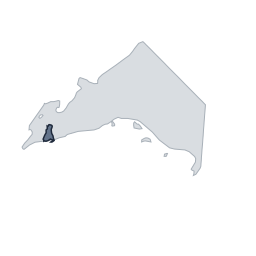 location of Umm Al Qaywayn within United Arab Emirates, rotated 216°
{"feature_id": "ARE-339", "entity_name": "Umm Al Qaywayn", "entity_type": "Emirate", "adm_level": 1, "iso_a3": "ARE", "parent_name": "United Arab Emirates", "parent_adm1": "", "projection": "equal_earth", "projection_center": [55.75, 25.47], "detail": "fine", "context": "in_parent", "style": "filled", "palette": "slate", "viewbox_px": 256, "rotation_deg": 216, "n_neighbors": 0, "source": "natural_earth", "source_scale": "10m", "svg_char_len": 3134}
<svg xmlns="http://www.w3.org/2000/svg" viewBox="0 0 256 256"><g transform="rotate(216 128 128)"><path d="M207.0,68.3L209.2,72.0L209.6,97.0L210.1,98.8L208.9,99.1L207.6,101.0L206.0,103.9L203.9,105.4L202.2,107.2L200.5,109.3L199.1,109.7L197.2,107.0L195.9,104.3L196.2,103.7L197.1,103.5L197.5,102.1L196.9,100.0L195.7,99.2L194.0,99.1L192.5,100.1L190.9,101.9L190.0,103.9L189.8,107.8L190.3,112.3L190.2,114.4L189.3,117.1L189.0,121.1L189.7,124.1L190.3,125.9L190.3,127.5L188.8,132.4L190.1,133.3L194.5,133.6L195.8,136.9L196.7,139.2L196.4,140.6L193.3,141.6L189.4,142.7L186.6,142.4L181.5,143.9L178.8,146.2L179.6,147.6L180.5,148.7L181.0,151.7L180.2,156.1L178.7,160.2L176.9,165.5L174.8,171.5L172.0,180.5L169.6,187.7L169.3,192.8L169.4,196.1L169.1,202.8L166.8,206.5L166.3,206.6L163.6,206.2L162.6,206.0L160.0,205.6L156.0,205.0L150.8,204.1L144.6,203.1L137.7,202.0L130.3,200.7L122.7,199.5L115.1,198.3L107.7,197.0L100.8,195.9L94.6,194.9L89.4,194.0L85.4,193.4L82.8,193.0L81.9,192.8L79.0,192.3L77.5,189.9L75.6,186.8L73.8,183.8L71.9,180.8L70.1,177.8L68.2,174.8L66.4,171.8L64.5,168.8L62.6,165.8L60.8,162.8L58.9,159.8L57.1,156.8L55.3,153.8L53.4,150.8L51.6,147.8L49.7,144.9L47.9,141.9L46.6,139.9L46.0,137.6L45.9,131.7L45.9,130.4L47.2,128.0L47.8,129.7L49.2,132.0L51.6,131.5L52.7,131.8L53.4,140.0L55.2,143.0L57.3,144.1L64.5,144.8L69.1,143.7L78.0,138.3L82.7,136.4L95.6,136.7L105.9,139.0L122.0,140.3L125.1,139.9L133.8,135.6L139.1,131.8L142.3,130.8L144.4,127.1L145.8,122.3L147.0,119.2L148.6,117.7L150.1,115.1L151.3,110.8L154.3,106.5L166.3,96.0L173.3,87.1L173.9,84.2L177.7,79.9L180.7,75.2L194.9,61.8L197.7,56.3L199.4,50.1L199.6,49.6L200.8,49.4L202.5,50.3L202.7,54.9L202.1,59.3L202.0,64.0L201.8,66.5L203.1,68.5L205.3,69.4L206.3,69.3L207.0,68.3ZM206.5,87.1L206.7,85.2L206.3,84.2L204.9,84.0L204.3,85.7L204.1,88.2L205.1,88.4L206.5,87.1ZM126.3,135.4L126.3,136.9L122.8,136.5L121.9,137.3L119.1,136.8L116.3,135.7L118.2,133.8L123.1,131.6L125.1,133.6L126.3,135.4ZM106.0,131.6L103.5,131.9L101.2,130.2L106.1,127.9L107.4,126.8L108.8,124.7L109.9,126.5L108.6,129.4L107.7,130.6L106.0,131.6ZM144.7,123.2L144.4,124.1L143.4,124.0L141.0,123.2L140.2,122.0L141.7,120.4L142.4,120.3L143.3,122.0L144.7,123.2ZM81.6,130.3L81.1,130.6L80.5,128.1L80.5,127.4L82.1,126.3L83.1,128.3L81.6,130.3Z" fill="#d9dde1" stroke="#a8b0b8" stroke-width="1"/><path d="M180.4,74.5L180.6,74.0L180.8,73.2L181.1,72.3L181.7,71.6L182.2,71.3L182.0,72.0L181.6,72.6L181.4,73.2L181.6,73.8L182.1,74.0L182.8,73.9L183.5,73.6L184.2,73.5L184.4,73.1L185.0,71.4L185.3,70.7L186.2,69.5L186.7,69.0L187.9,68.5L188.3,67.8L189.1,68.7L189.4,68.8L189.7,68.9L190.0,69.0L190.2,69.4L191.1,73.1L191.2,74.0L191.3,74.7L191.3,75.2L191.3,75.3L191.4,75.8L191.6,76.3L192.9,78.0L193.1,78.4L193.1,78.9L192.9,79.2L192.8,79.6L192.8,80.0L193.7,81.0L194.5,82.0L193.8,82.0L193.7,82.1L193.7,82.3L193.8,82.9L193.9,83.3L194.0,83.7L193.9,84.0L193.8,84.3L193.6,84.4L193.4,84.6L192.9,84.7L192.5,85.0L192.3,85.1L191.8,85.2L191.3,85.3L190.9,85.2L190.6,85.1L190.3,84.8L190.1,84.4L189.7,83.4L189.5,82.2L189.2,81.7L188.8,81.1L187.2,79.4L186.6,78.8L184.2,77.6L183.8,77.3L182.8,76.3L180.5,74.6L180.4,74.5Z" fill="#64748b" stroke="#1e293b" stroke-width="1.5"/></g></svg>